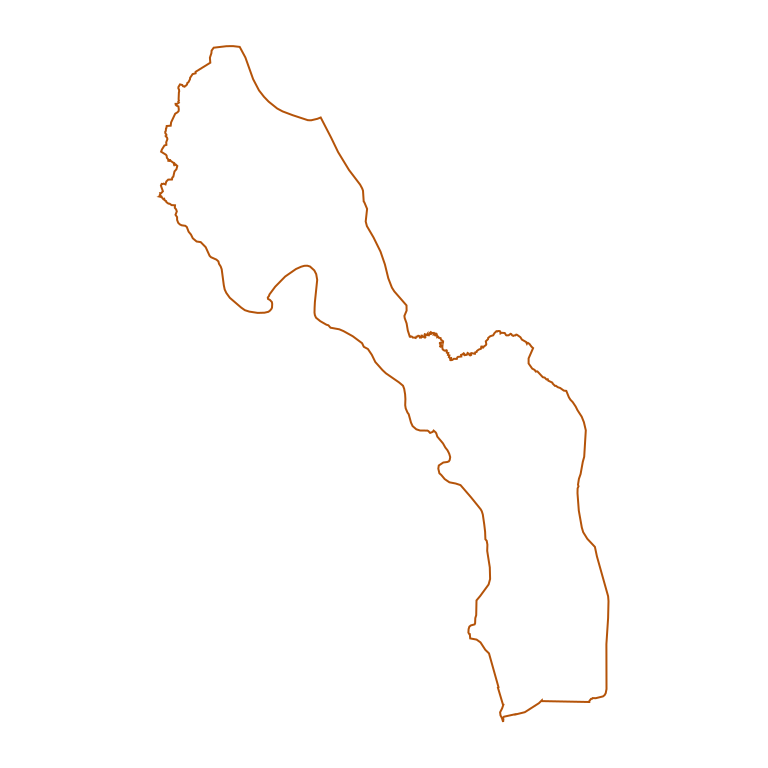 the district of Kolaka Timur, Sulawesi Tenggara, Indonesia
{"feature_id": "22746128B88028223529334", "entity_name": "Kolaka Timur", "entity_type": "district", "adm_level": 2, "iso_a3": "IDN", "parent_name": "Indonesia", "parent_adm1": "Sulawesi Tenggara", "projection": "robinson", "projection_center": [121.666, -3.82], "detail": "fine", "context": "isolated", "style": "outline", "palette": "amber", "viewbox_px": 768, "rotation_deg": 0, "n_neighbors": 0, "source": "geoboundaries", "source_scale": "gbopen_adm2", "svg_char_len": 6095}
<svg xmlns="http://www.w3.org/2000/svg" viewBox="0 0 768 768"><path d="M542.0,701.1L589.3,702.0L589.3,701.1L591.0,698.9L592.0,698.8L592.6,698.1L595.7,698.2L603.0,696.4L604.6,695.1L605.7,693.2L606.5,689.1L606.4,644.1L608.1,618.1L608.5,601.2L608.1,596.2L596.9,556.3L594.9,546.9L587.3,538.8L583.2,532.2L581.8,527.5L578.8,510.6L577.5,493.3L577.6,488.4L578.5,486.3L578.0,484.7L578.9,478.9L580.6,474.0L582.8,461.8L584.2,456.8L585.8,430.3L583.9,422.2L581.7,416.7L577.5,410.2L575.7,406.6L572.7,402.1L570.4,399.7L568.9,397.3L566.3,390.9L563.8,390.6L560.2,388.0L557.8,387.2L555.9,385.8L555.0,385.9L552.7,383.6L552.3,382.6L548.3,380.7L547.7,379.2L546.5,379.5L544.7,377.6L542.8,377.2L537.6,371.6L537.0,371.3L535.8,371.6L534.6,369.9L532.2,368.6L528.6,363.5L528.6,358.4L533.1,348.1L531.5,346.7L529.5,344.0L527.8,342.8L527.3,342.9L526.9,343.7L526.1,342.0L521.9,339.6L520.4,337.2L517.0,334.8L516.2,334.6L515.4,335.4L514.2,335.4L513.3,335.9L512.1,335.3L511.3,334.1L510.6,333.8L508.6,335.3L506.6,335.4L506.1,335.2L504.7,333.0L501.5,332.8L500.5,333.4L500.3,331.9L499.8,331.1L498.0,331.0L497.2,331.5L496.4,331.2L494.4,333.2L493.2,335.3L490.3,336.2L488.2,337.9L488.0,339.2L485.8,341.3L486.3,344.2L485.8,345.2L484.0,346.4L483.2,347.6L482.7,347.6L482.0,346.5L481.3,346.6L480.9,348.8L478.7,349.6L476.9,351.0L476.6,352.0L475.2,352.4L474.9,353.8L471.5,353.1L470.8,353.4L471.1,355.0L470.4,355.4L469.6,355.2L468.5,353.5L467.6,353.0L466.8,354.8L464.5,355.2L464.2,354.8L464.3,353.8L463.7,353.3L462.5,354.4L461.1,354.9L461.3,356.5L457.9,356.9L457.3,357.4L456.8,358.9L453.8,358.8L452.4,359.9L450.9,360.2L450.4,360.1L450.4,359.4L451.1,358.6L451.1,358.1L449.9,358.4L449.5,357.4L448.9,357.1L449.4,355.4L447.9,354.9L448.3,353.0L446.8,352.7L446.8,350.5L446.2,350.2L445.6,350.7L444.4,350.6L442.7,349.4L442.3,347.3L442.5,345.2L441.9,345.3L440.6,346.7L440.1,346.4L440.7,344.7L439.9,343.7L439.9,342.9L441.0,342.5L441.9,342.9L443.0,342.8L443.1,341.3L440.9,339.6L440.6,338.1L438.8,337.8L438.3,336.8L437.2,337.2L437.1,335.6L436.6,335.2L436.8,334.4L436.4,333.7L435.7,333.6L435.7,335.0L435.2,335.4L434.5,334.6L433.6,334.6L434.1,333.4L433.9,332.9L431.6,333.0L430.8,332.1L430.1,332.7L430.7,334.0L429.3,334.2L428.9,335.3L427.5,335.1L427.5,333.9L426.7,335.0L424.8,334.2L424.5,335.0L425.2,336.1L425.4,337.2L425.0,337.6L424.6,337.5L424.4,336.5L422.9,336.9L422.0,335.6L421.6,335.6L421.5,337.0L421.0,337.6L420.5,337.1L419.8,337.4L419.5,336.2L418.8,335.8L418.1,335.8L417.4,336.6L416.4,336.6L415.7,338.0L414.2,337.5L412.7,337.5L412.0,336.7L410.7,336.3L410.4,336.8L409.8,336.7L407.8,330.5L406.6,323.4L404.7,318.1L404.4,315.9L406.6,310.6L406.5,305.4L394.3,291.4L391.9,287.6L388.3,278.3L384.9,264.4L380.5,251.6L373.5,237.4L366.9,226.1L365.7,221.5L367.1,208.9L364.3,202.2L363.7,201.5L363.0,190.7L362.2,188.5L360.1,184.6L349.0,170.0L338.1,152.1L331.1,137.6L320.7,117.5L317.4,118.8L311.1,120.3L307.9,120.2L292.7,115.2L282.6,111.4L277.2,108.5L268.6,101.6L263.9,96.7L259.0,90.4L253.1,79.1L245.4,57.5L239.7,46.9L232.9,46.1L226.5,46.2L213.7,47.7L211.6,50.6L211.4,53.2L209.9,57.7L210.3,62.7L195.6,71.8L195.6,73.3L192.6,74.1L190.1,77.8L190.0,79.2L188.4,82.3L187.3,83.0L187.0,84.5L186.0,85.6L185.2,85.9L184.6,86.7L183.0,86.2L182.3,85.0L180.0,84.4L178.4,87.1L178.4,88.5L179.0,89.5L179.2,91.3L178.9,92.4L178.6,99.3L178.9,100.5L178.3,101.5L178.9,102.6L177.0,103.9L175.6,103.9L175.7,104.8L176.6,105.7L178.4,106.4L178.8,109.3L178.6,111.1L177.5,112.3L175.2,113.7L171.1,122.4L170.7,125.7L166.7,126.0L166.4,128.0L166.0,128.4L165.8,130.9L165.2,131.9L165.4,133.4L166.4,134.6L166.3,135.7L165.7,136.1L167.1,137.8L167.4,139.1L166.2,142.3L166.4,144.9L164.4,145.5L161.9,149.5L161.1,151.7L165.9,154.7L166.6,155.6L166.9,157.8L168.3,159.5L168.3,160.8L169.1,160.9L169.1,160.0L170.1,160.0L170.7,160.9L173.7,163.0L174.0,164.3L174.5,163.7L175.0,165.0L175.7,164.5L177.3,166.0L176.4,169.3L174.5,171.4L173.3,176.7L172.3,177.5L172.0,179.5L168.2,179.6L166.3,181.5L165.5,184.4L163.6,183.6L162.6,184.1L161.7,183.9L160.9,185.6L162.9,191.3L161.1,193.2L160.2,193.2L160.4,193.9L159.7,195.2L160.8,196.0L159.5,196.6L161.6,197.1L163.4,199.2L164.2,198.8L164.7,200.3L166.1,201.1L166.4,202.1L168.4,203.6L169.6,203.7L171.6,205.1L175.0,205.3L174.8,207.8L176.1,209.4L176.8,211.4L175.5,214.8L177.1,217.1L177.1,219.9L178.2,222.8L179.8,224.4L181.7,225.3L185.3,225.8L186.8,227.0L188.6,231.7L191.0,234.6L192.8,238.3L196.6,241.5L200.7,242.1L205.7,247.2L209.6,255.8L211.0,257.2L216.4,259.6L218.4,261.4L219.0,263.8L220.7,266.5L221.7,269.3L223.8,285.2L224.7,289.5L226.3,292.9L229.8,297.8L241.2,307.6L244.9,310.2L249.3,311.6L257.7,312.9L264.5,312.7L268.4,311.8L270.0,310.6L271.5,308.8L272.0,307.6L272.2,304.0L271.9,302.1L270.0,300.0L268.0,298.9L267.8,297.5L268.9,296.1L269.5,294.4L275.2,286.7L285.2,276.5L296.0,269.0L301.2,266.7L304.4,265.8L307.3,265.7L310.0,266.5L314.3,270.4L316.2,274.1L317.2,279.9L314.9,302.0L314.6,307.9L314.5,312.7L314.9,315.2L316.0,317.7L320.3,321.2L326.4,324.7L328.4,325.3L330.5,327.7L339.3,329.3L343.5,331.1L352.7,336.2L362.1,343.2L363.8,346.8L367.9,349.0L371.8,354.8L375.3,362.0L382.4,370.0L385.9,373.3L398.9,382.3L403.0,385.7L404.2,388.9L405.1,394.3L405.4,399.1L405.2,405.2L405.7,408.4L407.5,412.6L408.7,414.2L411.0,422.6L412.6,426.1L416.3,429.3L420.0,430.5L427.5,430.6L428.4,431.1L430.1,432.9L432.7,431.9L433.6,430.6L435.6,432.3L436.3,433.4L437.3,436.6L443.0,443.4L445.3,447.5L447.5,450.3L449.2,453.7L450.2,457.1L449.7,460.0L448.8,461.4L447.2,462.0L443.3,462.5L438.8,465.5L438.3,468.6L439.4,473.3L441.3,475.0L444.7,479.1L449.4,482.3L455.6,483.5L460.5,485.1L471.1,497.4L480.7,509.3L481.8,511.3L482.8,514.5L484.2,524.1L485.1,531.7L485.4,539.3L486.7,540.8L487.4,544.7L487.2,550.9L489.8,567.4L490.1,579.0L488.6,584.5L480.2,596.0L476.5,600.4L476.2,615.2L475.3,618.1L475.1,623.3L474.6,624.4L470.9,625.4L469.4,626.6L468.6,629.1L468.4,632.6L469.2,634.0L469.8,634.1L470.2,638.4L476.6,639.6L480.5,642.4L485.3,649.8L489.0,653.4L498.5,687.2L497.9,687.6L502.9,704.4L503.4,704.6L502.1,708.4L500.1,712.3L500.5,715.4L501.9,718.0L503.1,721.9L503.4,719.1L502.3,718.3L504.0,716.7L515.4,714.2L515.4,714.5L524.8,712.2L538.9,703.2L541.9,700.3L542.0,701.1Z" fill="none" stroke="#b45309" stroke-width="2"/></svg>